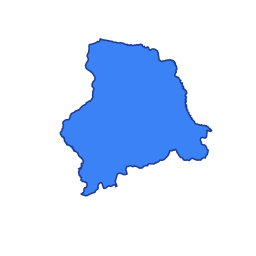 outline of Gigante, Huila, Colombia, rotated 216°
{"feature_id": "7082276B55620946871412", "entity_name": "Gigante", "entity_type": "district", "adm_level": 2, "iso_a3": "COL", "parent_name": "Colombia", "parent_adm1": "Huila", "projection": "albers", "projection_center": [-75.538, 2.393], "detail": "fine", "context": "isolated", "style": "filled", "palette": "blue", "viewbox_px": 256, "rotation_deg": 216, "n_neighbors": 0, "source": "geoboundaries", "source_scale": "gbopen_adm2", "svg_char_len": 5858}
<svg xmlns="http://www.w3.org/2000/svg" viewBox="0 0 256 256"><g transform="rotate(216 128 128)"><path d="M208.2,172.9L207.9,171.6L206.4,169.8L204.4,166.4L203.9,163.2L203.5,162.3L200.9,160.7L200.1,159.6L199.6,155.1L199.1,153.6L198.4,152.8L197.6,152.1L195.2,151.5L192.8,151.7L188.8,151.5L184.5,149.7L183.6,148.3L183.2,147.2L183.4,144.3L182.6,142.0L181.7,140.7L179.3,140.1L178.6,139.4L177.9,136.9L177.4,136.0L176.5,135.0L176.2,134.1L174.5,132.2L174.2,128.1L174.3,127.7L175.2,127.2L175.7,125.5L176.5,124.1L176.2,122.1L177.6,119.6L178.3,116.1L178.0,114.4L178.7,113.6L179.2,112.5L180.2,111.3L180.5,110.7L180.7,109.2L182.2,106.5L182.1,104.3L180.9,101.9L180.9,100.0L181.2,99.5L182.3,98.9L183.3,97.7L184.0,95.4L184.0,94.8L183.5,93.5L182.4,93.0L181.2,90.6L180.6,89.9L180.8,88.6L180.3,87.8L179.9,86.8L180.0,84.5L179.0,83.3L178.3,83.3L178.0,82.9L177.6,82.9L176.5,82.2L175.4,82.2L174.8,82.7L173.8,82.6L173.8,82.0L173.1,81.9L173.0,81.4L172.4,81.1L171.7,80.1L170.9,80.0L169.5,79.3L168.7,79.8L168.3,78.9L167.8,78.6L166.8,78.7L166.2,79.2L165.7,79.2L165.4,79.6L164.0,79.5L163.5,79.2L162.5,80.0L162.0,79.5L161.9,79.8L161.5,79.7L161.3,79.9L160.8,78.8L159.6,78.8L159.5,78.3L158.7,77.9L158.2,78.4L157.8,77.7L156.2,78.3L154.5,78.3L153.0,77.7L151.8,76.6L150.4,76.6L149.5,76.2L148.8,76.4L148.5,76.2L148.0,76.5L147.5,76.1L146.8,76.1L146.2,75.7L145.3,75.5L145.0,74.8L143.9,74.0L143.9,72.5L144.7,72.3L144.8,71.8L143.9,70.6L143.3,70.6L143.4,70.0L143.0,69.8L143.1,69.3L142.6,68.8L143.0,68.1L142.4,68.1L142.1,67.8L142.3,67.6L142.8,67.8L143.2,67.5L143.3,67.0L143.0,66.5L143.5,66.2L142.7,66.0L142.8,65.4L142.3,65.4L142.1,64.3L142.3,63.6L139.9,61.2L139.1,61.1L138.9,61.4L138.4,61.2L138.2,60.6L137.8,60.4L136.5,60.6L135.8,59.0L135.7,58.2L134.3,58.2L133.6,57.9L131.6,59.0L131.2,59.1L130.6,58.8L129.9,59.3L129.3,59.4L128.9,59.2L127.4,57.6L126.7,55.6L127.9,54.1L127.8,52.7L126.5,51.1L126.2,50.4L126.2,49.7L126.5,48.9L126.2,48.0L126.4,47.6L127.1,47.5L127.0,47.1L126.3,47.0L122.2,48.4L121.3,49.5L119.4,53.2L117.8,55.6L117.2,56.1L117.0,57.0L117.3,57.7L117.3,58.4L116.7,60.4L116.8,62.0L117.9,62.9L118.5,63.9L118.8,65.7L118.4,67.1L117.5,68.0L116.4,67.9L112.4,65.0L111.8,65.0L111.1,65.8L110.7,66.5L109.8,69.5L109.2,70.2L108.0,70.4L107.3,71.0L106.7,71.9L106.5,73.2L106.2,73.6L104.7,74.3L104.1,74.1L103.6,73.4L102.9,74.2L103.0,74.5L104.3,75.7L105.3,75.9L106.5,76.8L107.0,77.5L109.5,84.2L109.0,85.7L108.0,86.9L104.6,87.6L103.5,88.1L102.6,88.9L101.8,90.1L102.0,90.5L102.7,91.2L105.2,92.8L106.4,96.2L105.7,96.5L105.1,97.1L104.8,98.0L103.7,99.0L101.6,99.4L100.9,100.0L100.6,100.9L98.7,101.8L96.4,102.3L95.5,102.1L93.1,103.9L92.7,106.5L92.0,107.5L90.0,109.1L90.4,109.5L90.0,111.2L89.2,112.0L85.7,114.3L85.3,115.8L84.8,116.1L83.6,118.5L83.1,120.5L83.3,120.9L81.4,121.9L80.2,123.8L79.4,129.0L80.2,132.9L80.8,133.8L80.8,134.4L79.0,135.4L78.8,136.5L77.5,137.3L76.9,138.8L74.9,137.8L73.9,137.0L72.7,136.8L71.4,136.1L69.4,135.3L67.8,135.3L66.8,135.8L64.0,134.9L63.6,135.0L62.1,136.1L61.6,136.8L59.3,137.7L59.1,138.5L59.2,138.9L58.5,141.2L56.7,141.7L55.7,141.8L53.3,142.6L52.5,143.1L52.1,143.8L51.3,144.1L50.4,144.7L50.1,145.6L50.1,147.3L48.6,149.0L47.8,149.3L48.6,151.4L48.4,151.6L48.5,152.4L48.2,153.2L48.8,154.0L49.0,155.2L50.2,157.3L51.7,157.2L53.0,158.3L54.3,159.0L55.0,159.0L55.8,159.3L56.5,159.1L56.9,158.6L58.9,158.1L59.8,158.9L60.2,159.6L61.2,159.9L62.7,161.1L63.1,162.9L62.9,163.4L62.4,164.1L60.7,164.6L59.6,165.3L59.2,166.0L59.5,167.5L61.0,169.8L61.6,171.1L62.7,172.1L62.6,172.6L59.2,173.7L58.9,175.1L59.6,175.4L59.9,175.2L60.7,175.4L61.2,175.1L61.6,175.7L62.6,175.4L63.3,175.5L64.1,176.0L64.6,175.7L66.0,175.8L66.3,175.3L67.4,175.2L68.1,174.4L68.7,174.3L70.1,173.6L70.6,173.7L71.0,172.8L74.0,172.0L75.0,171.3L76.4,171.1L77.3,171.5L77.6,172.0L78.5,172.3L79.8,172.4L80.8,172.8L81.9,172.6L82.2,173.6L83.5,173.4L84.0,173.6L84.6,174.8L85.7,174.6L87.5,175.3L87.9,176.2L88.4,176.0L89.7,176.5L90.2,177.4L90.7,177.0L91.0,177.0L91.6,177.6L92.0,178.7L93.7,179.0L93.5,180.0L94.5,179.7L94.6,179.9L94.2,180.5L94.3,180.9L95.1,180.8L96.0,181.5L96.3,182.5L97.2,182.7L97.2,183.3L96.6,183.6L97.2,184.1L97.3,184.8L98.4,184.8L98.5,185.2L98.3,185.9L98.9,186.3L98.9,187.3L99.6,187.4L99.8,187.7L100.5,187.5L100.8,187.8L100.9,188.4L101.4,189.1L100.9,189.7L101.1,191.0L102.1,191.5L102.5,192.2L103.6,191.9L104.2,192.6L105.1,192.7L106.6,192.0L106.7,192.4L106.5,192.7L107.0,193.0L106.9,193.7L107.9,194.1L108.8,193.8L108.9,194.6L109.9,195.4L110.5,196.3L111.8,195.4L112.6,196.0L113.2,197.5L113.8,197.2L116.7,198.4L117.1,198.4L117.7,197.9L118.4,198.2L118.8,198.0L119.2,198.1L119.8,197.6L120.8,197.8L121.4,198.5L121.4,199.2L121.8,199.8L122.0,200.6L121.7,200.9L121.7,201.4L123.2,203.1L123.1,204.4L123.7,204.6L124.2,205.6L124.7,206.1L125.5,206.6L125.9,206.4L126.4,206.6L127.2,207.6L127.6,207.5L127.5,207.8L127.8,208.2L128.3,208.4L129.3,208.1L129.6,209.0L130.9,209.0L131.9,208.2L132.2,208.2L132.5,208.6L133.0,208.1L133.6,208.2L134.6,207.2L135.0,207.1L135.2,206.5L135.8,206.4L136.7,205.3L137.2,205.1L137.4,204.3L138.6,203.0L139.1,202.9L139.1,202.4L139.7,201.7L140.3,201.4L141.4,201.6L142.4,201.2L143.0,201.5L145.9,204.6L146.5,204.8L147.3,206.3L148.9,206.9L149.2,207.5L149.5,207.7L149.8,207.5L152.4,207.6L153.5,207.1L155.0,206.0L155.8,203.7L156.6,203.8L159.2,205.3L159.8,205.1L160.6,203.4L161.3,203.0L162.7,203.6L163.2,202.8L164.0,202.6L165.2,203.5L166.2,203.6L166.9,203.3L167.0,202.7L168.1,201.9L168.1,201.3L168.9,200.9L169.7,200.7L170.0,200.4L170.2,199.7L171.5,199.0L172.1,197.7L173.6,197.2L174.1,197.2L174.4,196.7L174.9,196.8L176.4,194.9L176.9,194.8L177.1,195.2L177.8,195.2L178.7,194.3L181.9,193.7L183.1,192.9L184.2,192.7L185.4,191.4L187.0,190.5L187.6,190.6L189.5,189.3L190.9,188.8L192.0,188.8L193.4,187.6L194.8,187.4L195.4,186.7L196.0,186.8L200.8,184.2L201.5,184.2L202.8,183.8L202.2,182.0L202.4,180.5L202.6,180.2L203.5,180.0L203.7,179.1L204.3,177.7L206.9,174.1L208.2,172.9Z" fill="#3b82f6" stroke="#1e3a8a" stroke-width="1.5"/></g></svg>